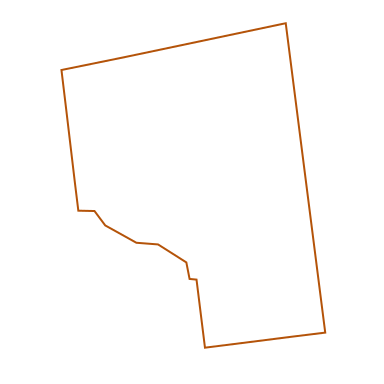 outline of Covington, Mississippi, United States of America, rotated 353°
{"feature_id": "52423323B85290148440084", "entity_name": "Covington", "entity_type": "district", "adm_level": 2, "iso_a3": "USA", "parent_name": "United States of America", "parent_adm1": "Mississippi", "projection": "equal_earth", "projection_center": [-89.603, 31.615], "detail": "fine", "context": "isolated", "style": "outline", "palette": "amber", "viewbox_px": 384, "rotation_deg": 353, "n_neighbors": 0, "source": "geoboundaries", "source_scale": "gbopen_adm2", "svg_char_len": 373}
<svg xmlns="http://www.w3.org/2000/svg" viewBox="0 0 384 384"><g transform="rotate(353 192 192)"><path d="M307.1,347.8L305.6,35.9L143.1,49.8L77.3,55.0L77.2,94.8L76.9,168.9L76.9,196.7L92.9,199.0L101.8,214.6L130.6,235.6L151.9,239.9L177.8,261.2L179.0,278.0L185.8,279.5L185.9,348.1L273.2,347.8L304.1,347.8L307.1,347.8Z" fill="none" stroke="#b45309" stroke-width="2"/></g></svg>